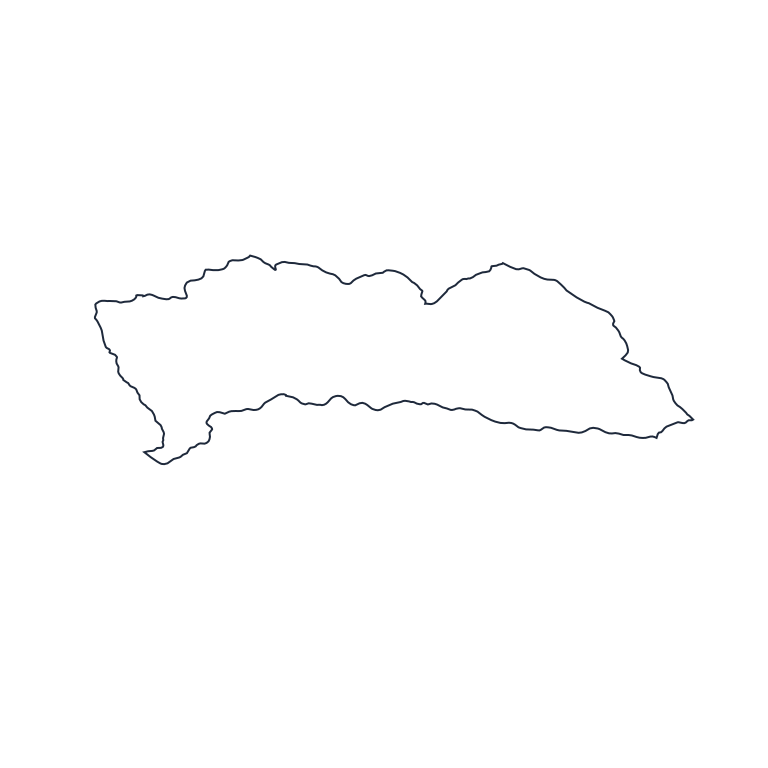 Capitanejo, Santander, Colombia, rotated 295°
{"feature_id": "7082276B5259246085028", "entity_name": "Capitanejo", "entity_type": "district", "adm_level": 2, "iso_a3": "COL", "parent_name": "Colombia", "parent_adm1": "Santander", "projection": "equal_earth", "projection_center": [-72.675, 6.515], "detail": "fine", "context": "isolated", "style": "outline", "palette": "slate", "viewbox_px": 768, "rotation_deg": 295, "n_neighbors": 0, "source": "geoboundaries", "source_scale": "gbopen_adm2", "svg_char_len": 6151}
<svg xmlns="http://www.w3.org/2000/svg" viewBox="0 0 768 768"><g transform="rotate(295 384 384)"><path d="M397.9,505.9L399.5,509.9L401.7,513.6L402.5,516.0L402.7,517.9L402.5,520.1L401.6,524.2L401.8,526.4L402.9,531.9L405.8,538.8L407.0,542.9L407.6,544.5L408.6,545.4L412.2,547.5L413.3,549.0L414.1,551.1L414.9,553.8L415.5,560.1L416.0,562.5L418.6,569.0L422.0,581.0L423.7,583.7L426.5,586.4L430.7,589.3L432.7,592.1L434.0,596.5L434.2,598.4L433.9,605.0L434.4,608.8L435.5,611.5L437.3,614.4L438.3,617.9L439.0,622.7L441.2,627.4L442.1,630.4L442.7,635.3L443.3,638.3L444.4,641.2L445.8,643.9L448.9,647.6L449.9,649.5L450.3,651.7L450.3,653.8L454.3,653.3L456.1,653.7L457.4,655.5L459.1,656.2L462.3,656.9L464.8,658.1L473.4,666.3L473.8,667.0L474.8,671.2L475.5,672.8L476.6,673.8L478.8,674.7L479.9,675.5L481.3,678.4L482.4,679.2L484.2,674.3L484.6,671.7L485.6,669.9L487.4,665.0L488.2,662.0L488.6,659.0L489.8,656.2L491.2,653.8L492.3,652.6L495.5,650.3L501.4,643.4L504.1,641.1L505.2,639.0L506.3,636.3L506.5,635.0L506.4,632.9L504.2,625.4L503.7,622.6L502.9,616.7L502.8,613.4L503.1,611.8L504.2,610.5L504.7,610.0L506.9,609.2L507.5,608.1L507.7,604.7L507.1,599.2L507.2,592.2L507.5,589.0L512.0,590.8L515.5,591.6L517.9,590.9L521.1,588.4L523.2,586.4L525.2,583.6L526.1,581.7L526.5,579.9L527.2,578.5L530.3,575.4L531.4,573.8L533.2,570.3L533.8,567.4L534.3,566.7L535.7,566.1L538.3,566.2L539.2,565.4L541.1,563.3L541.8,562.2L542.9,559.7L543.8,557.1L543.8,553.3L543.3,545.3L543.8,535.4L543.5,533.9L543.3,530.8L543.9,522.0L545.9,509.9L547.4,506.7L548.9,502.5L550.4,497.5L550.5,495.5L550.2,494.0L547.7,487.9L547.0,484.7L546.8,480.9L547.4,473.8L548.6,468.7L548.7,467.4L547.9,461.5L547.2,460.3L544.9,457.7L543.9,455.2L543.5,448.8L543.8,440.6L542.8,440.3L540.6,437.5L538.8,436.0L536.3,431.9L535.9,431.7L534.5,432.1L532.5,432.2L530.6,431.7L528.4,428.8L526.8,426.1L525.1,424.4L521.8,421.2L518.4,419.4L516.0,417.3L515.2,415.7L513.9,414.3L513.5,413.0L512.5,411.3L511.5,410.5L507.3,408.3L503.7,407.0L497.7,402.3L495.9,401.7L494.5,401.7L481.2,397.0L478.4,395.3L476.8,393.6L476.2,392.7L474.7,388.4L474.1,387.4L475.7,387.1L476.8,386.4L477.3,385.5L478.3,382.3L479.1,380.6L481.1,380.0L484.2,379.6L484.7,379.2L485.3,376.5L487.4,372.4L488.3,368.6L488.3,366.4L490.5,360.3L491.4,355.3L491.5,351.6L491.0,346.4L490.4,344.2L489.0,340.1L488.1,338.3L485.8,336.6L484.3,335.9L480.7,329.9L477.5,327.3L475.5,324.9L475.2,323.9L475.1,321.3L474.3,320.1L467.7,314.3L464.9,312.6L461.4,311.3L460.6,310.7L459.9,310.0L458.7,307.3L458.2,304.5L458.4,302.3L460.4,298.8L461.9,293.9L461.9,291.3L461.2,288.3L460.7,284.4L460.9,280.0L461.9,275.2L461.9,273.6L461.6,272.2L460.8,270.2L460.2,267.1L459.9,264.1L456.9,256.4L455.8,252.0L453.6,246.6L452.7,242.5L451.3,240.0L446.7,235.8L445.7,235.4L445.0,235.5L443.9,236.0L442.2,237.5L441.7,237.5L441.4,237.1L441.6,235.8L442.5,232.3L443.4,230.3L443.5,228.8L443.3,225.3L443.6,223.2L444.9,219.6L444.9,216.2L444.7,213.7L443.8,208.4L442.1,207.9L441.1,207.2L437.2,204.0L436.4,203.1L434.4,199.8L432.1,194.3L430.4,192.5L429.1,191.6L425.4,191.7L423.8,191.4L422.0,190.8L420.7,190.1L419.5,188.8L417.3,185.9L415.0,181.1L413.6,176.8L412.2,174.1L410.7,173.9L405.2,174.8L402.6,173.9L400.2,171.7L398.0,168.7L395.9,165.0L392.7,162.5L391.6,162.3L389.2,162.1L386.7,162.6L384.3,164.3L380.7,168.0L379.4,168.5L378.3,168.2L377.6,167.6L375.8,164.2L375.2,162.3L374.6,158.4L373.8,156.1L373.4,155.4L372.2,154.3L370.7,153.6L369.9,152.9L368.8,150.9L367.6,146.8L366.8,143.1L366.8,137.7L366.7,136.0L366.2,133.7L365.0,131.8L362.8,130.0L361.8,128.7L362.3,128.5L362.3,127.8L360.3,122.8L359.5,122.1L359.0,122.5L357.4,122.6L355.2,121.9L353.0,120.4L351.4,118.7L348.8,114.0L346.7,111.3L346.2,110.0L345.9,106.5L343.0,99.6L342.4,98.6L341.3,95.5L340.0,92.9L338.5,91.2L337.6,90.6L335.3,89.1L334.0,88.8L331.3,90.4L328.7,92.8L327.4,93.4L322.5,93.7L321.4,94.3L320.6,96.2L319.6,97.9L315.3,103.4L313.2,105.6L304.8,111.5L300.0,116.2L299.5,117.4L299.4,120.1L299.1,120.8L298.5,121.5L296.7,121.8L296.4,122.5L296.8,127.9L295.7,130.4L295.1,130.8L293.1,131.1L291.5,131.7L289.6,133.0L287.7,135.7L286.9,136.4L282.8,137.9L281.5,139.1L280.1,141.4L278.9,144.6L278.4,145.4L277.5,146.0L276.8,150.0L276.7,151.8L275.4,153.8L274.9,155.2L275.0,159.4L274.7,161.0L274.2,161.9L272.0,164.2L270.4,167.2L266.9,169.0L265.0,171.6L264.0,174.8L263.9,176.7L262.6,179.4L261.4,185.1L259.1,188.4L257.5,190.0L254.1,192.4L252.3,198.9L250.8,200.8L249.6,201.6L247.3,204.6L245.9,205.7L241.6,206.6L239.8,207.7L237.9,207.8L235.3,209.9L234.1,210.2L233.4,210.1L231.9,208.9L230.1,205.4L226.6,203.7L225.4,202.2L223.4,198.7L220.9,195.6L219.1,203.5L217.8,211.4L217.5,215.0L217.6,216.3L218.5,218.7L220.6,221.3L227.1,225.0L230.8,229.4L232.0,230.4L234.9,231.7L238.0,234.6L243.4,235.2L244.5,235.7L246.4,238.4L247.9,239.7L249.3,240.0L251.5,241.4L252.6,242.7L254.1,246.6L255.6,248.1L257.9,249.2L260.1,249.2L262.6,248.6L265.0,247.1L266.2,246.5L270.2,247.4L271.0,246.9L271.9,245.5L272.3,242.7L273.0,240.5L273.7,239.6L274.4,239.3L275.3,239.2L278.9,240.0L281.8,239.9L283.7,240.9L286.3,242.9L288.0,244.5L289.0,247.0L289.8,252.3L293.5,255.4L294.9,257.2L296.9,261.1L298.0,263.7L299.4,266.2L303.0,269.8L303.9,271.3L305.3,276.8L306.5,279.0L307.8,280.6L309.4,281.8L311.4,282.7L315.4,283.6L316.9,284.2L322.2,288.1L329.5,292.9L331.1,294.9L332.4,297.5L332.6,299.7L331.9,300.1L333.5,307.2L333.3,311.5L332.8,313.5L331.9,315.9L331.7,317.1L331.7,318.0L332.2,321.0L332.4,321.5L334.7,323.9L335.6,326.8L336.7,331.9L338.2,335.0L338.6,336.7L339.9,338.5L341.6,339.8L343.6,340.7L348.7,342.2L350.6,343.3L352.7,345.5L353.7,347.0L354.8,350.1L354.8,352.7L354.0,355.3L352.3,359.2L351.7,362.6L351.8,363.8L352.0,365.5L352.5,366.9L356.2,370.0L357.8,372.4L358.2,375.2L358.1,376.1L357.9,377.7L356.7,382.5L356.5,383.9L356.9,387.4L357.6,389.5L359.3,391.8L363.2,394.3L369.9,400.3L374.8,406.8L376.7,408.6L377.7,410.2L378.8,414.0L379.1,416.1L379.9,417.7L380.2,419.2L380.1,422.0L380.8,425.1L381.4,426.2L383.3,427.3L383.8,428.3L384.0,432.4L386.4,435.2L387.5,438.3L387.8,440.8L387.6,447.1L388.4,451.3L388.7,455.3L389.2,456.6L390.6,458.5L392.0,459.8L393.4,461.7L394.2,463.1L395.3,468.5L398.0,474.7L398.4,478.0L398.5,480.4L397.3,485.7L396.8,489.0L396.6,496.5L396.9,500.6L397.9,505.9Z" fill="none" stroke="#1e293b" stroke-width="2"/></g></svg>